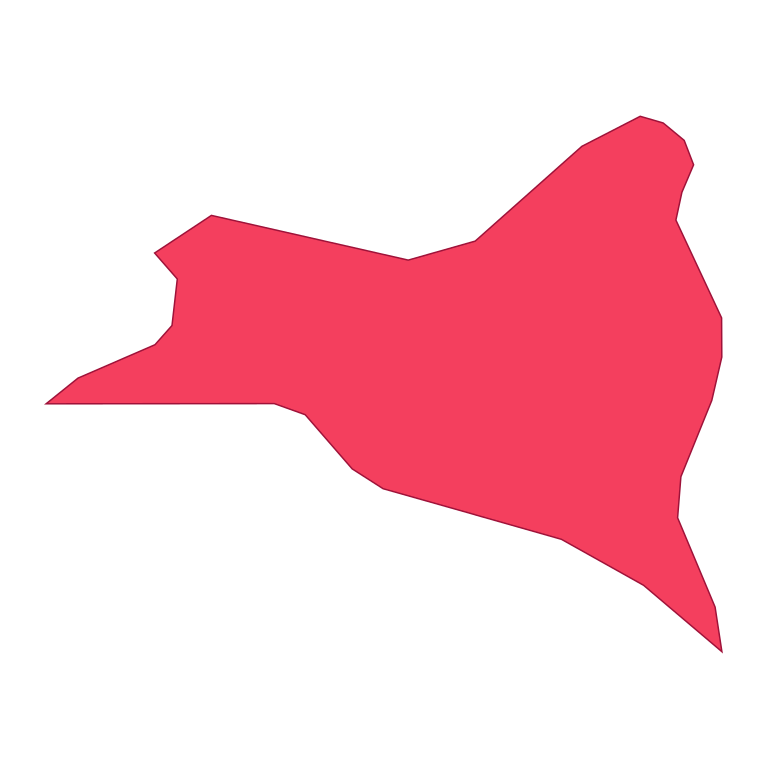 SVG path tracing the border of Seine-Saint-Denis
{"feature_id": "FRA-5344", "entity_name": "Seine-Saint-Denis", "entity_type": "Metropolitan department", "adm_level": 1, "iso_a3": "FRA", "parent_name": "France", "parent_adm1": "", "projection": "natural_earth1", "projection_center": [2.47, 48.909], "detail": "fine", "context": "isolated", "style": "filled", "palette": "rose", "viewbox_px": 768, "rotation_deg": 0, "n_neighbors": 0, "source": "natural_earth", "source_scale": "10m", "svg_char_len": 513}
<svg xmlns="http://www.w3.org/2000/svg" viewBox="0 0 768 768"><path d="M46.1,403.8L78.0,378.1L155.0,344.7L172.0,325.5L177.3,279.0L154.6,253.0L211.4,215.4L408.2,260.1L475.2,241.1L581.9,146.3L640.2,116.3L663.2,123.0L684.2,140.4L693.6,164.8L681.9,192.3L675.9,220.1L721.6,317.9L721.8,357.1L711.8,400.4L680.9,476.7L677.6,517.8L715.1,607.1L721.9,651.7L643.6,585.3L561.4,539.3L475.5,514.9L475.0,514.7L383.1,488.7L352.2,468.9L305.2,414.7L274.3,403.6L46.1,403.8Z" fill="#f43f5e" stroke="#9f1239" stroke-width="1.5"/></svg>